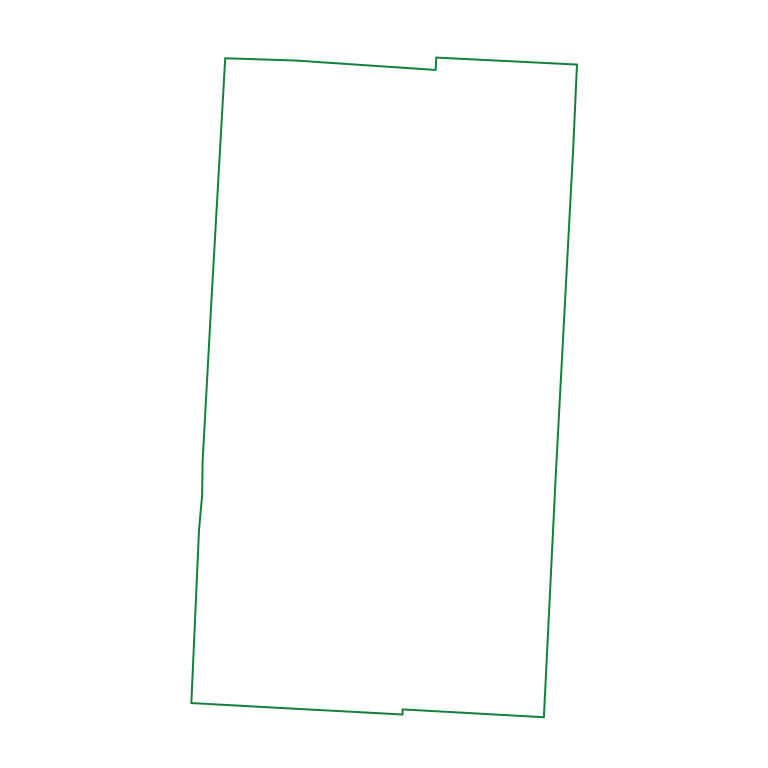 Becker, Minnesota, United States of America, rotated 93°
{"feature_id": "52423323B38815474431976", "entity_name": "Becker", "entity_type": "district", "adm_level": 2, "iso_a3": "USA", "parent_name": "United States of America", "parent_adm1": "Minnesota", "projection": "natural_earth1", "projection_center": [-95.688, 46.934], "detail": "fine", "context": "isolated", "style": "outline", "palette": "green", "viewbox_px": 768, "rotation_deg": 93, "n_neighbors": 0, "source": "geoboundaries", "source_scale": "gbopen_adm2", "svg_char_len": 364}
<svg xmlns="http://www.w3.org/2000/svg" viewBox="0 0 768 768"><g transform="rotate(93 384 384)"><path d="M136.2,207.4L54.9,208.0L55.3,348.9L67.7,348.9L65.6,488.9L67.0,559.6L309.6,560.7L470.6,561.1L505.2,559.8L539.1,561.1L712.7,559.7L712.9,489.0L713.1,348.2L708.0,348.3L708.4,206.9L465.0,207.7L136.2,207.4Z" fill="none" stroke="#15803d" stroke-width="2"/></g></svg>